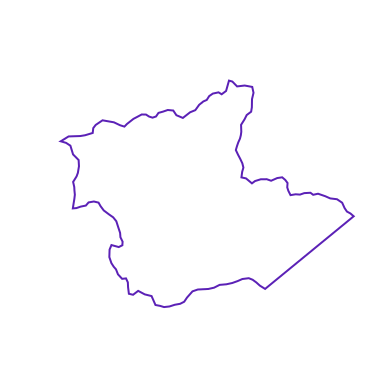 the district of Estrela do Norte, São Paulo, Brazil, rotated 49°
{"feature_id": "56859067B30225350735471", "entity_name": "Estrela do Norte", "entity_type": "district", "adm_level": 2, "iso_a3": "BRA", "parent_name": "Brazil", "parent_adm1": "São Paulo", "projection": "albers", "projection_center": [-51.684, -22.483], "detail": "fine", "context": "isolated", "style": "outline", "palette": "violet", "viewbox_px": 384, "rotation_deg": 49, "n_neighbors": 0, "source": "geoboundaries", "source_scale": "gbopen_adm2", "svg_char_len": 2022}
<svg xmlns="http://www.w3.org/2000/svg" viewBox="0 0 384 384"><g transform="rotate(49 192 192)"><path d="M316.4,85.9L312.2,86.5L308.4,87.9L304.3,87.4L298.6,85.7L292.6,87.3L287.5,91.9L282.6,94.2L276.0,98.0L273.6,102.4L270.3,103.1L266.5,108.0L264.8,112.2L261.7,115.3L259.0,119.7L254.3,118.5L251.0,117.1L247.9,114.0L244.1,113.7L240.1,114.3L237.4,118.5L235.4,124.9L231.4,127.2L227.5,131.8L225.1,137.2L224.8,141.1L217.2,142.3L213.4,145.1L209.7,140.9L207.3,137.2L203.4,135.2L198.8,133.9L194.1,132.8L189.1,131.4L186.8,127.8L184.9,124.5L183.2,120.8L181.2,117.9L178.9,115.3L176.2,113.1L173.5,110.9L171.6,104.6L169.8,100.2L170.2,94.7L167.4,91.3L161.3,85.8L157.5,80.5L152.2,77.6L146.2,82.4L141.9,88.7L135.1,89.1L132.2,91.0L138.1,100.0L137.7,105.5L134.2,106.6L131.4,111.7L130.9,116.1L132.2,120.5L131.1,124.0L130.9,129.4L132.4,135.8L130.6,141.1L130.1,150.3L123.8,153.4L118.2,152.7L114.2,156.5L112.3,161.2L110.3,165.4L111.4,169.6L110.0,173.0L106.9,174.9L103.4,175.9L100.5,179.1L99.5,183.5L98.4,188.2L98.0,196.4L98.3,200.1L94.4,202.5L88.2,205.2L79.2,212.5L78.2,220.7L79.0,224.6L82.3,228.2L79.0,235.5L76.4,239.7L72.0,245.1L69.1,248.7L67.6,257.8L72.3,254.8L77.3,253.4L85.6,257.1L93.5,256.6L98.4,260.4L102.7,265.6L104.5,268.9L106.4,275.1L111.0,277.6L113.7,279.7L117.2,282.2L120.1,285.4L123.0,288.9L126.2,292.7L128.3,289.8L130.0,285.6L132.6,281.0L132.0,276.9L134.8,272.3L138.7,269.5L142.7,270.3L148.0,270.7L154.6,269.3L159.4,268.1L164.4,268.3L170.0,270.7L175.7,273.1L179.2,275.7L184.0,277.0L186.5,279.5L185.5,283.4L179.2,287.6L181.4,292.0L186.9,297.1L192.8,299.5L197.0,300.1L200.5,300.1L205.6,301.9L211.7,301.7L213.9,298.5L218.1,299.7L221.9,302.7L227.4,306.4L230.9,303.9L231.3,297.5L238.3,294.8L244.0,290.8L253.3,293.7L257.0,290.8L260.5,288.6L263.6,284.1L265.8,279.0L268.6,274.3L269.7,269.9L268.4,265.0L267.3,256.8L269.4,251.6L275.9,243.3L278.7,238.1L280.2,232.1L284.2,226.6L287.1,221.3L289.2,215.9L290.7,211.1L294.3,205.7L298.0,203.8L302.4,202.8L307.2,202.2L313.1,200.4L316.4,85.9Z" fill="none" stroke="#5b21b6" stroke-width="2"/></g></svg>